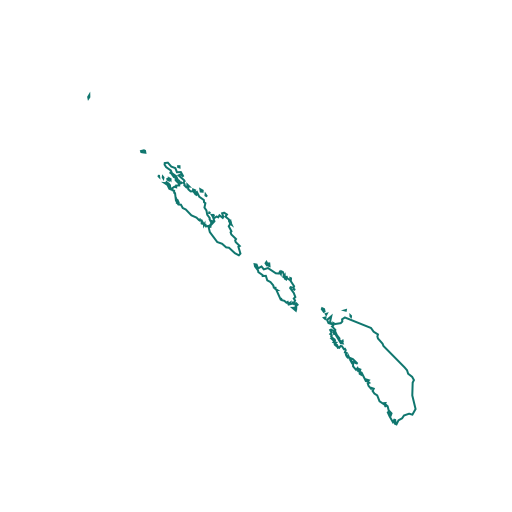 the district of Kepulauan Mentawai, Sumatera Barat, Indonesia, rotated 164°
{"feature_id": "22746128B86355072671334", "entity_name": "Kepulauan Mentawai", "entity_type": "district", "adm_level": 2, "iso_a3": "IDN", "parent_name": "Indonesia", "parent_adm1": "Sumatera Barat", "projection": "equal_earth", "projection_center": [99.744, -2.461], "detail": "fine", "context": "isolated", "style": "outline", "palette": "teal", "viewbox_px": 512, "rotation_deg": 164, "n_neighbors": 0, "source": "geoboundaries", "source_scale": "gbopen_adm2", "svg_char_len": 6152}
<svg xmlns="http://www.w3.org/2000/svg" viewBox="0 0 512 512"><g transform="rotate(164 256 256)"><path d="M167.4,55.4L164.3,58.8L160.3,59.7L157.7,61.9L152.3,62.2L149.4,60.4L144.8,64.9L144.2,78.9L140.3,91.1L138.4,93.2L139.2,96.8L142.2,100.9L142.3,104.5L143.9,108.0L158.3,134.4L158.5,136.8L161.5,143.1L161.5,145.2L160.4,147.0L163.8,150.8L165.3,155.1L187.5,172.4L190.7,171.4L191.1,169.2L193.1,168.1L198.7,168.8L200.2,170.3L200.8,167.9L202.3,167.3L200.1,163.1L200.7,162.0L200.1,157.7L198.2,153.1L199.6,155.9L200.1,154.8L197.8,150.1L196.1,150.7L196.2,149.8L197.0,149.4L196.8,148.1L198.5,148.8L201.4,159.4L202.4,159.5L202.2,162.6L204.1,164.6L205.1,164.4L204.5,161.4L206.1,160.5L205.0,159.0L205.9,158.0L205.0,156.2L206.3,156.0L204.6,153.1L204.6,155.5L203.4,154.0L203.4,152.9L205.1,151.8L203.0,150.7L204.0,150.2L203.5,149.1L204.6,149.9L204.7,149.1L203.2,146.8L202.6,147.2L202.6,145.3L201.4,145.4L202.0,144.3L199.4,146.2L198.2,145.5L197.2,142.2L196.1,142.3L195.7,140.8L197.1,138.8L195.6,137.7L196.8,136.4L196.4,134.2L195.8,133.2L194.8,134.8L194.4,132.6L191.3,130.2L188.1,124.5L193.4,128.3L192.4,125.6L193.1,123.2L191.2,119.0L189.4,120.2L189.5,117.4L188.1,117.5L187.9,118.8L187.0,118.1L188.3,116.3L186.6,114.7L184.9,105.5L184.0,105.1L183.7,106.7L181.9,105.5L183.3,104.8L182.1,102.9L183.7,102.7L183.6,100.1L182.0,96.7L181.4,97.4L179.4,96.0L181.1,94.0L180.1,91.1L177.9,88.6L177.3,82.3L173.1,77.3L173.1,79.2L172.2,79.0L172.8,78.3L170.9,75.3L171.0,71.1L169.1,67.4L170.1,66.0L171.7,69.6L172.4,69.3L171.8,65.1L170.2,58.6L168.2,60.5L167.4,60.0L167.7,58.0L168.6,59.8L168.7,56.5L167.4,55.4ZM295.9,298.2L292.1,297.9L289.7,299.9L290.5,304.3L290.0,305.2L291.5,309.1L291.1,313.4L292.2,316.8L290.1,320.7L291.1,322.0L290.7,324.2L294.2,328.6L295.0,333.0L296.4,331.2L297.2,332.0L296.6,333.6L297.6,333.3L298.0,334.3L296.5,336.0L298.1,337.3L298.8,335.6L301.0,336.1L302.7,338.8L302.3,340.3L303.9,341.0L305.4,343.8L304.8,344.6L305.4,346.6L304.0,347.6L304.2,348.6L308.2,354.8L305.8,355.2L303.9,352.3L305.1,357.4L308.9,358.3L309.3,362.7L312.8,365.3L315.0,370.0L318.1,370.5L318.7,369.0L317.9,366.2L314.3,361.7L314.0,358.8L310.8,354.8L310.2,350.8L308.6,348.8L310.4,351.0L312.1,350.5L310.8,348.1L307.9,347.7L307.3,346.7L310.3,346.3L310.4,345.0L313.4,345.7L313.8,344.1L315.3,345.1L317.9,344.2L318.1,342.1L316.7,341.3L317.2,339.3L316.5,338.7L317.7,331.2L317.3,330.7L317.1,332.0L317.0,332.3L316.0,331.4L315.6,328.5L315.9,328.0L316.3,329.3L316.7,329.2L316.3,327.6L317.1,330.1L317.7,328.1L317.1,328.8L316.4,326.9L314.0,326.0L313.2,322.3L310.7,320.1L306.9,312.9L302.6,309.3L301.0,306.4L300.0,306.6L300.1,305.5L298.5,305.3L297.8,302.2L298.2,301.7L296.9,301.5L297.3,300.9L297.5,300.0L296.8,300.7L297.1,299.6L295.9,299.7L295.9,298.2ZM272.3,261.4L270.3,262.6L270.4,269.7L268.9,270.1L271.7,275.0L271.7,276.8L270.5,277.8L273.8,283.5L273.9,285.8L272.8,286.5L274.0,292.1L272.4,293.5L271.8,295.3L272.4,296.1L271.2,295.4L270.8,295.4L270.6,296.2L271.0,295.5L271.6,295.9L270.4,298.1L271.5,296.4L272.3,296.8L272.0,298.6L274.5,302.3L272.5,303.9L274.7,306.4L276.8,306.4L276.6,302.7L277.5,301.8L279.9,305.2L281.6,303.6L282.9,304.8L285.6,304.0L286.6,305.0L286.4,300.8L291.4,297.8L291.7,296.6L293.6,296.7L293.8,291.7L289.4,280.1L285.2,277.1L282.3,272.5L279.7,271.4L275.5,264.5L272.3,261.4ZM233.9,200.6L233.4,199.8L230.7,202.4L231.4,204.7L229.5,205.7L229.9,210.1L232.0,215.8L231.3,216.5L228.7,215.1L227.7,216.4L229.9,223.5L232.1,225.9L232.2,228.3L233.5,225.2L234.4,226.1L233.8,229.1L235.0,227.8L235.5,228.4L234.4,230.2L234.6,233.2L236.0,234.4L237.1,231.8L237.7,234.0L238.8,232.8L241.7,233.9L247.8,241.1L252.2,241.0L253.6,244.4L257.4,243.5L257.8,247.6L259.6,248.5L259.8,246.3L258.0,241.5L258.2,239.9L254.9,235.8L255.1,234.9L252.0,234.2L251.9,229.5L249.3,227.0L247.5,223.0L247.6,220.7L246.1,220.1L246.6,219.2L245.2,217.6L245.8,217.8L244.3,207.5L243.5,207.7L243.3,206.4L241.1,205.1L239.6,202.7L238.2,203.1L238.1,201.1L236.1,201.7L237.1,200.3L234.4,200.2L233.0,201.8L233.9,200.6ZM202.0,169.7L202.9,172.4L200.3,177.3L205.3,175.0L204.8,171.5L202.0,169.7ZM319.9,343.8L319.2,347.7L319.9,349.4L321.6,351.7L322.3,350.8L323.7,351.3L321.5,348.7L320.8,344.5L319.9,343.8ZM245.8,242.6L245.3,245.2L247.3,245.7L247.6,247.4L248.8,246.4L248.4,245.1L247.5,246.5L247.8,244.1L245.8,242.6ZM337.6,387.5L336.0,386.7L333.9,385.8L333.7,387.7L334.6,388.5L337.6,388.6L337.6,387.5ZM206.2,183.6L205.4,183.8L205.2,186.2L206.8,187.6L207.4,186.8L206.2,183.6ZM232.8,192.5L232.3,193.4L233.3,195.6L235.2,196.1L232.8,192.5ZM289.6,332.5L289.2,333.6L291.1,335.5L291.4,333.2L289.6,332.5ZM231.2,197.1L229.5,197.7L230.3,199.5L232.2,199.7L231.2,197.1ZM371.9,456.6L373.5,455.1L373.6,453.7L372.4,454.7L371.9,456.6ZM286.7,305.8L285.4,306.5L285.5,307.2L287.2,307.7L286.7,305.8ZM311.3,351.7L311.1,353.5L311.9,353.9L312.1,352.0L311.3,351.7ZM287.9,328.1L286.7,326.7L287.5,329.1L287.9,328.1ZM302.7,342.2L301.1,341.4L302.3,343.6L302.7,342.2ZM305.1,362.2L304.8,363.4L306.1,363.8L306.3,363.0L305.1,362.2ZM206.9,176.5L206.2,177.3L206.1,177.8L207.7,177.8L206.9,176.5ZM232.5,197.0L231.6,195.1L231.1,196.5L231.7,195.8L232.5,197.0ZM312.5,354.6L312.7,355.6L313.7,356.0L313.2,354.6L312.5,354.6ZM320.1,355.3L320.0,353.7L319.1,352.8L319.0,353.4L320.1,355.3ZM327.0,360.6L327.7,359.4L327.3,358.7L327.0,360.6ZM185.8,179.3L184.8,178.7L184.5,179.3L185.8,179.3ZM204.7,180.2L203.9,181.0L204.9,181.0L204.7,180.2ZM289.2,310.3L288.1,309.8L288.9,310.7L289.2,310.3ZM229.0,225.3L229.2,224.0L228.9,223.8L228.5,224.9L229.0,225.3ZM187.9,113.2L187.7,114.5L188.7,114.8L188.8,114.1L187.9,113.2ZM299.1,302.8L298.2,302.8L298.8,303.8L299.1,302.8ZM317.2,352.6L316.9,353.5L317.7,354.3L317.6,353.4L317.2,352.6ZM323.7,357.9L324.0,357.2L323.7,356.2L323.3,357.0L323.7,357.9ZM315.1,360.5L315.4,359.4L314.8,358.8L315.1,360.5ZM271.6,293.8L270.9,292.9L271.1,294.2L271.6,293.8ZM193.9,130.6L193.9,129.4L193.7,128.5L193.3,129.6L193.9,130.6ZM228.4,213.1L227.7,213.9L228.8,213.5L228.4,213.1ZM288.5,301.6L289.1,302.0L289.1,301.1L288.5,301.6ZM181.6,172.8L181.8,171.9L181.5,171.4L181.2,172.1L181.6,172.8ZM201.9,159.9L201.2,159.8L201.9,161.1L201.9,159.9ZM172.8,75.2L172.8,76.0L173.1,76.6L173.2,76.0L172.8,75.2ZM317.1,331.6L316.7,330.5L316.8,332.0L317.1,331.6Z" fill="none" stroke="#0f766e" stroke-width="2"/></g></svg>